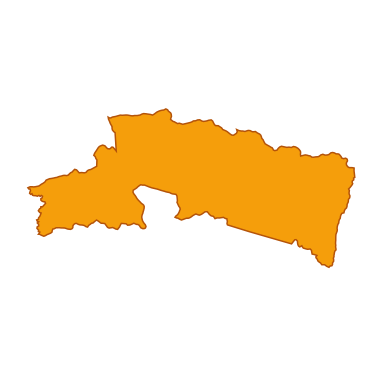 Rancharia, São Paulo, Brazil, rotated 86°
{"feature_id": "56859067B22879674768233", "entity_name": "Rancharia", "entity_type": "district", "adm_level": 2, "iso_a3": "BRA", "parent_name": "Brazil", "parent_adm1": "São Paulo", "projection": "orthographic", "projection_center": [-50.923, -22.313], "detail": "fine", "context": "isolated", "style": "filled", "palette": "amber", "viewbox_px": 384, "rotation_deg": 86, "n_neighbors": 0, "source": "geoboundaries", "source_scale": "gbopen_adm2", "svg_char_len": 6033}
<svg xmlns="http://www.w3.org/2000/svg" viewBox="0 0 384 384"><g transform="rotate(86 192 192)"><path d="M212.8,36.8L211.3,36.6L210.2,36.4L208.8,35.1L206.9,34.7L205.2,35.3L203.9,35.4L201.4,34.9L199.9,35.6L198.6,34.1L196.4,32.1L194.9,31.1L193.5,31.6L192.2,31.3L191.1,29.8L189.3,29.8L188.8,28.6L183.9,28.8L182.3,28.9L179.4,28.6L178.9,30.3L178.7,33.0L178.3,34.2L177.1,35.2L176.0,35.9L174.7,36.1L173.4,35.8L171.8,34.7L170.1,34.9L169.0,36.3L169.3,38.6L168.5,40.3L167.1,40.8L165.6,41.8L164.4,42.9L164.1,44.2L164.0,45.6L163.0,47.1L162.4,48.9L162.6,50.7L164.1,52.7L164.5,54.4L164.5,56.7L163.5,58.8L164.0,60.9L165.1,62.4L165.6,63.8L165.6,66.3L165.8,68.4L165.6,70.0L164.3,71.5L163.8,73.4L163.3,74.7L162.9,76.5L163.7,81.1L161.7,81.2L160.5,80.9L158.9,81.0L157.0,82.2L155.7,83.4L154.3,85.5L153.7,87.6L154.5,89.8L154.0,92.2L154.1,94.3L153.6,96.1L152.6,99.6L153.2,101.3L154.3,102.7L155.2,103.5L156.2,104.3L156.5,106.6L155.8,107.9L154.6,108.3L153.4,109.0L152.8,110.2L151.8,111.5L150.8,113.1L149.0,115.7L146.4,116.9L144.9,117.4L143.4,118.6L141.9,118.9L140.2,119.4L138.9,120.5L137.7,122.6L136.1,124.5L136.2,126.3L136.1,127.6L134.8,129.8L134.5,131.7L134.9,133.4L135.3,134.9L134.7,137.2L134.6,138.7L134.0,140.9L132.8,143.1L134.8,142.6L136.6,143.6L138.3,146.7L138.0,148.3L137.0,149.7L134.5,152.4L133.5,153.7L131.8,157.0L130.1,158.0L127.7,161.2L127.4,163.9L126.4,164.8L125.3,165.4L122.6,166.5L121.4,167.8L121.6,170.4L122.1,172.2L122.3,173.8L122.4,175.6L121.9,177.2L120.5,179.2L120.5,181.4L121.2,183.4L121.2,185.7L122.1,187.3L122.5,188.8L123.0,191.5L123.8,196.5L122.5,199.8L122.7,201.7L120.7,204.8L120.2,206.1L118.1,208.3L116.7,207.9L115.2,207.2L112.9,207.3L111.6,207.8L109.7,209.9L108.3,210.6L107.3,212.3L108.3,214.6L108.3,216.0L108.6,217.9L109.1,219.6L109.9,221.6L111.1,223.4L111.8,224.5L112.5,226.1L111.8,227.8L110.8,232.4L110.4,234.8L110.8,236.6L111.6,238.4L111.9,241.2L111.7,244.1L111.9,245.5L111.8,246.9L110.8,250.8L110.6,252.5L110.6,256.2L110.3,258.2L111.3,262.9L111.7,266.3L112.4,267.7L112.4,269.1L111.5,270.4L113.6,270.2L115.7,269.4L118.0,268.7L121.2,267.2L122.9,267.3L124.5,267.1L126.3,265.9L127.4,264.6L145.9,264.7L144.2,265.9L143.0,266.7L141.7,267.9L141.7,269.2L142.7,270.1L143.3,271.3L142.9,273.2L141.6,274.3L139.8,275.7L139.0,277.8L139.4,279.4L140.1,281.2L141.2,282.4L143.9,284.4L145.8,285.9L146.9,286.6L148.6,287.4L149.9,286.1L152.0,285.5L153.4,284.6L159.7,285.3L162.5,291.4L162.7,293.1L163.4,294.8L165.0,296.3L165.4,298.1L164.9,300.7L165.0,303.2L161.9,305.6L161.2,307.4L162.4,308.9L163.6,310.0L164.3,311.7L165.2,312.9L166.4,314.1L166.9,315.8L166.5,317.7L166.5,319.4L166.9,320.9L167.2,323.0L167.5,324.3L168.0,325.7L168.1,327.1L168.4,328.8L168.7,331.3L168.8,333.2L169.5,335.3L170.0,336.7L171.6,337.9L172.8,339.7L173.7,341.7L174.8,343.4L175.4,344.6L175.8,347.9L175.9,349.6L175.6,351.1L175.5,353.2L176.3,355.4L177.6,354.6L177.8,353.3L179.6,353.0L180.7,353.7L182.0,354.1L183.1,353.0L182.5,351.8L184.1,351.3L184.6,350.0L184.8,348.1L185.4,346.5L184.7,344.9L185.8,343.8L184.9,342.6L185.8,341.4L187.5,342.0L188.2,343.3L189.6,343.3L190.8,342.1L191.3,340.9L191.5,339.5L193.1,338.9L195.1,340.9L196.3,342.2L196.2,343.8L197.6,344.1L198.2,345.3L200.0,346.6L201.9,345.3L202.4,344.0L204.3,344.8L205.9,345.7L207.0,346.8L208.5,347.1L209.0,348.9L210.2,348.5L211.0,347.0L212.1,348.5L213.5,347.3L215.2,347.3L216.0,348.9L217.5,349.2L219.3,347.7L220.7,348.0L221.4,346.6L222.5,347.3L223.4,348.1L223.6,346.8L224.5,345.5L225.8,342.9L225.2,341.0L224.5,339.8L223.2,335.9L222.3,334.5L221.0,334.2L219.3,333.5L219.0,331.8L218.2,330.1L218.3,328.4L218.4,326.7L218.7,325.0L219.0,321.8L219.4,320.6L220.3,318.5L220.8,315.8L220.3,314.3L219.3,313.4L217.3,313.1L216.0,312.0L215.3,310.8L215.3,309.4L216.3,307.8L217.0,306.0L217.3,303.7L217.9,301.8L219.2,300.1L219.7,298.6L218.1,297.4L217.1,295.7L216.2,294.5L216.0,292.9L214.6,291.1L213.3,289.2L214.5,287.5L216.8,284.9L217.0,283.2L217.4,281.2L220.1,279.5L221.4,278.7L222.2,277.2L221.9,273.6L222.6,272.3L223.7,270.5L224.1,268.8L221.6,266.6L220.5,266.1L218.4,264.7L218.8,262.0L219.2,259.8L220.6,258.6L220.6,256.3L220.0,254.5L219.1,252.2L220.4,249.7L220.6,248.3L221.5,247.0L224.1,245.6L225.1,243.8L225.2,242.3L224.7,241.0L223.2,240.3L221.5,240.8L219.4,242.3L217.4,243.3L215.4,243.7L213.5,243.9L211.5,243.4L209.9,242.6L208.3,242.1L207.0,241.6L204.8,240.9L203.1,240.7L201.8,241.1L200.8,242.0L199.9,243.2L198.6,244.2L196.3,246.2L194.6,247.4L192.7,248.3L191.2,249.2L189.7,250.2L188.1,250.9L186.1,250.5L185.2,248.8L184.1,246.9L183.1,245.8L182.3,244.6L181.2,242.7L181.7,240.8L181.8,238.8L183.8,234.7L185.0,231.9L186.8,226.1L188.2,222.8L189.4,219.4L190.1,217.7L191.0,214.4L191.8,213.2L192.5,211.7L193.2,208.2L194.8,207.3L197.0,207.2L198.4,207.2L199.9,207.2L201.3,207.7L202.5,207.2L203.9,206.7L205.4,206.1L206.6,205.3L208.3,204.9L209.6,205.6L211.1,206.2L212.2,206.9L213.6,207.9L214.8,209.7L216.0,210.7L216.9,209.1L217.1,207.9L218.2,206.4L219.2,204.5L218.7,202.5L218.2,200.9L217.8,199.4L217.9,197.3L217.5,196.0L216.7,194.4L215.6,192.8L214.7,190.9L214.2,189.6L214.9,188.2L215.6,186.4L215.3,185.1L214.7,183.7L213.7,182.0L212.7,180.5L212.7,178.2L214.2,177.1L215.5,176.3L217.1,174.6L217.8,172.3L220.2,170.9L219.6,169.0L219.8,166.5L219.5,162.4L220.8,160.5L221.1,159.1L223.9,158.8L226.0,159.3L227.3,158.9L235.5,137.8L250.7,96.3L246.8,92.8L246.8,91.5L248.2,90.3L250.8,90.2L252.1,90.0L253.3,89.5L254.3,88.3L253.3,86.2L254.5,85.7L255.7,84.9L256.7,82.3L257.2,80.7L257.1,78.1L258.5,76.9L260.1,76.8L262.3,76.5L262.9,74.4L264.0,71.8L265.4,73.0L266.6,72.7L267.7,71.8L269.6,71.2L270.8,70.0L271.7,68.8L273.6,67.6L273.8,64.8L275.5,62.8L276.7,60.6L275.5,59.5L275.3,57.6L274.2,56.9L272.4,56.7L271.1,55.6L269.6,55.4L267.9,55.6L266.5,54.9L265.0,54.8L263.7,54.4L262.5,54.2L260.9,53.6L259.8,52.4L258.4,52.4L256.8,52.6L255.2,52.3L253.3,52.4L251.6,52.2L250.4,52.0L246.6,51.7L244.4,51.4L241.0,49.9L239.6,49.7L238.3,49.8L236.7,49.5L234.6,48.8L233.2,47.8L231.8,47.6L230.1,47.1L228.6,46.0L226.4,45.5L225.0,44.9L223.7,43.9L223.4,41.9L221.6,41.4L219.9,40.5L218.7,39.0L216.9,38.3L215.4,38.2L214.2,37.6L212.8,36.8Z" fill="#f59e0b" stroke="#b45309" stroke-width="1.5"/></g></svg>